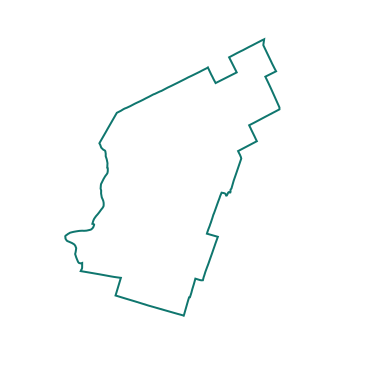 Frasinet, Calarasi, Romania (Robinson projection), rotated 152°
{"feature_id": "2599482B90916905842338", "entity_name": "Frasinet", "entity_type": "district", "adm_level": 2, "iso_a3": "ROU", "parent_name": "Romania", "parent_adm1": "Calarasi", "projection": "robinson", "projection_center": [26.835, 44.326], "detail": "fine", "context": "isolated", "style": "outline", "palette": "teal", "viewbox_px": 384, "rotation_deg": 152, "n_neighbors": 0, "source": "geoboundaries", "source_scale": "gbopen_adm2", "svg_char_len": 3800}
<svg xmlns="http://www.w3.org/2000/svg" viewBox="0 0 384 384"><g transform="rotate(152 192 192)"><path d="M56.6,293.0L58.7,293.1L59.4,293.1L67.0,293.2L69.5,293.2L73.7,293.3L77.7,293.3L80.6,293.3L82.7,293.4L87.0,293.5L96.0,293.5L96.3,279.1L96.4,276.6L120.0,277.1L120.0,281.7L119.9,284.2L119.9,286.7L119.5,294.5L120.0,294.4L121.7,294.4L125.9,294.5L127.7,294.5L128.6,294.5L131.9,294.6L137.8,294.8L141.6,295.0L144.5,295.0L149.2,295.1L153.8,295.2L156.7,295.3L160.2,295.4L164.4,295.6L167.1,295.6L168.4,295.6L170.1,295.6L171.6,295.6L172.2,295.7L172.9,295.8L174.6,295.9L177.0,296.0L179.1,296.1L180.1,296.3L185.2,296.3L188.9,296.4L191.3,296.4L192.1,296.4L195.2,296.5L197.0,296.6L198.7,296.7L201.1,296.8L202.1,296.8L204.2,296.8L206.3,296.8L207.8,296.9L210.0,297.0L210.8,297.1L211.5,297.2L212.4,297.3L213.8,297.3L216.7,297.1L221.2,297.2L237.3,287.1L239.3,285.8L250.0,279.1L250.9,278.5L250.9,277.6L250.9,276.6L251.2,274.7L251.3,273.7L251.2,273.3L250.9,272.5L250.6,271.3L249.4,269.4L249.4,268.6L249.7,267.8L250.2,266.3L251.4,264.1L251.9,261.1L252.8,258.0L253.2,256.9L254.1,255.5L254.4,254.9L254.7,254.3L255.0,254.0L255.3,253.6L255.4,253.4L255.2,253.3L255.1,253.1L255.4,252.1L256.0,251.0L256.6,249.9L257.8,248.4L258.8,247.8L259.9,247.3L261.2,246.7L263.7,245.2L268.6,241.7L269.2,240.9L271.1,237.9L271.5,236.0L273.0,233.3L274.2,229.6L274.3,227.9L274.5,225.9L275.1,223.9L275.7,222.7L276.4,221.5L277.0,220.8L278.7,219.8L280.2,219.2L283.7,217.5L285.8,216.6L288.2,215.7L290.8,214.4L292.4,213.2L294.9,210.7L294.0,209.9L293.9,209.6L293.7,209.3L293.7,209.2L293.9,208.9L295.1,207.8L295.8,207.2L296.3,207.0L296.8,206.7L298.4,206.3L299.1,206.3L300.0,206.5L302.2,207.1L302.9,207.3L303.5,207.5L305.5,208.4L307.2,209.4L309.6,210.5L312.4,211.5L315.2,212.4L316.7,212.8L318.4,213.2L319.1,213.3L320.0,213.2L321.1,213.2L322.3,213.0L323.9,212.8L324.6,212.5L324.9,212.0L325.2,211.0L325.5,210.5L325.6,210.1L325.5,209.0L325.4,207.9L325.0,207.1L324.0,205.9L322.8,204.4L321.8,203.1L320.5,200.8L320.4,199.5L320.3,198.9L320.5,197.9L320.6,196.8L322.1,194.7L323.2,193.3L324.3,192.1L324.9,188.8L325.1,187.1L325.4,183.8L325.2,182.6L324.7,182.0L323.6,181.1L322.3,180.9L324.4,177.0L324.8,176.4L325.4,175.8L326.4,175.2L327.4,174.4L321.8,170.1L312.5,162.9L308.7,159.9L303.4,155.7L301.2,154.0L298.9,152.3L296.4,150.5L295.1,149.6L308.1,136.5L300.8,129.2L293.5,122.0L283.7,112.1L270.2,99.1L262.3,91.5L258.9,88.3L257.6,87.0L257.4,86.7L256.6,87.4L246.8,97.6L244.0,100.4L243.9,100.4L243.6,100.4L243.2,100.1L241.2,102.0L239.7,103.5L237.6,105.8L233.5,109.9L229.7,113.9L226.1,110.3L224.8,109.4L223.8,109.0L221.6,111.4L220.4,112.5L219.7,113.2L219.0,113.9L218.0,114.9L217.7,115.2L213.9,118.6L213.2,119.2L211.6,120.6L210.5,121.6L207.6,124.3L202.9,128.6L201.3,130.1L199.8,131.5L197.1,134.0L195.4,135.6L190.2,140.3L198.4,148.2L196.9,149.7L195.4,151.1L194.6,151.8L192.7,153.4L191.3,154.7L190.7,155.3L190.2,155.7L189.5,156.3L189.2,156.7L188.9,156.9L187.7,158.1L186.5,159.2L184.1,161.6L183.5,162.2L183.1,162.4L180.1,165.1L175.4,169.4L173.2,171.4L170.8,173.5L169.0,175.2L168.4,175.7L167.4,176.5L166.2,177.5L164.9,176.5L164.0,175.7L163.5,175.0L163.3,174.3L163.4,173.8L163.5,173.1L163.5,172.8L163.3,172.7L163.0,172.6L162.4,172.9L161.8,173.3L161.1,173.9L160.4,174.4L159.9,174.6L159.4,174.6L159.2,174.5L158.8,173.7L158.4,173.6L158.2,173.8L157.8,174.2L157.6,174.7L157.0,175.8L156.6,176.1L155.6,176.5L149.8,182.5L144.5,187.4L132.8,198.4L132.4,200.1L132.4,200.5L132.2,202.1L132.2,204.5L132.1,206.5L110.9,206.4L110.9,206.6L110.9,206.8L110.8,209.2L110.7,211.1L110.4,220.0L110.3,220.5L110.3,222.1L110.2,224.1L104.2,224.0L98.6,224.0L96.6,224.0L91.7,224.0L76.0,223.9L75.1,225.6L74.3,237.1L73.7,246.3L73.4,252.1L73.1,259.4L61.1,259.1L61.1,260.3L61.1,261.8L61.0,267.6L60.8,271.7L60.5,279.0L60.1,288.1L59.6,288.9L56.6,293.0Z" fill="none" stroke="#0f766e" stroke-width="2"/></g></svg>